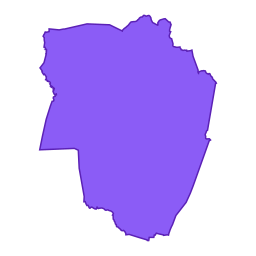 Erongarícuaro, Michoacán, Mexico (Natural Earth projection)
{"feature_id": "50627088B31918104119077", "entity_name": "Erongarícuaro", "entity_type": "district", "adm_level": 2, "iso_a3": "MEX", "parent_name": "Mexico", "parent_adm1": "Michoacán", "projection": "natural_earth1", "projection_center": [-101.71, 19.612], "detail": "fine", "context": "isolated", "style": "filled", "palette": "violet", "viewbox_px": 256, "rotation_deg": 0, "n_neighbors": 0, "source": "geoboundaries", "source_scale": "gbopen_adm2", "svg_char_len": 5442}
<svg xmlns="http://www.w3.org/2000/svg" viewBox="0 0 256 256"><path d="M210.5,140.0L209.4,138.8L208.9,138.8L207.6,138.9L206.4,138.9L206.2,138.8L205.8,138.5L205.7,138.2L205.6,137.2L205.7,136.8L205.7,136.3L205.2,134.9L205.3,134.1L206.1,132.4L206.4,131.2L206.8,130.7L207.5,130.3L215.6,83.3L216.3,83.2L216.1,82.7L216.0,82.4L215.6,81.9L214.5,80.8L213.7,79.9L212.9,79.2L212.7,79.0L212.6,78.8L212.6,78.7L212.6,78.4L212.5,77.9L212.3,77.7L212.0,76.9L211.7,76.8L211.5,76.6L210.8,75.8L210.5,75.3L210.1,74.2L209.8,73.7L209.7,73.6L209.0,73.6L208.9,73.6L208.6,74.1L208.2,74.1L207.8,73.9L207.6,73.7L207.4,73.6L206.9,73.5L206.7,73.4L206.3,73.0L205.8,72.3L205.7,71.9L205.5,71.3L205.4,71.0L205.2,70.9L204.3,70.8L203.9,70.6L203.0,70.7L202.8,70.9L201.7,70.8L199.7,71.5L198.6,72.2L198.6,72.5L198.5,73.2L198.3,73.0L198.1,72.5L198.0,72.0L198.0,71.6L198.1,70.5L198.1,70.1L197.9,69.6L193.3,57.0L193.0,56.1L192.8,55.0L191.9,50.1L190.7,50.6L189.6,50.8L187.9,51.0L187.4,51.2L187.2,51.2L187.1,50.9L186.7,50.9L186.6,50.2L185.9,50.3L184.2,50.1L183.8,50.2L183.4,50.4L183.0,50.4L182.8,50.4L182.5,50.1L181.5,49.8L181.1,49.7L180.9,48.8L180.7,48.6L180.2,47.9L180.0,47.5L179.9,47.0L179.7,47.1L179.1,47.1L178.2,47.2L177.4,47.3L176.8,47.2L176.6,47.3L175.9,47.2L175.4,47.1L175.2,47.0L174.9,46.7L174.2,46.8L173.7,46.6L173.3,46.3L173.0,46.0L172.9,45.7L172.7,45.1L172.8,44.9L173.0,44.4L173.0,43.7L171.6,38.7L171.2,38.6L170.7,38.4L170.2,38.0L169.6,37.4L169.5,37.0L169.4,36.5L169.3,36.3L169.2,35.7L169.7,34.2L170.1,33.0L170.7,31.7L169.6,31.2L169.6,30.9L169.6,29.8L170.2,27.5L171.1,24.7L171.0,24.4L170.6,24.1L170.5,23.7L170.6,23.3L169.9,22.0L169.7,22.1L169.3,22.1L168.8,22.0L168.4,21.8L168.1,21.4L165.2,18.7L163.7,18.9L162.8,19.2L162.1,19.4L160.4,19.9L159.8,20.2L159.4,20.5L159.1,20.9L158.7,21.3L158.1,22.4L157.8,22.8L157.8,23.0L157.9,23.7L157.9,23.9L157.9,24.3L157.9,24.9L157.9,25.0L157.7,25.1L157.4,25.1L157.1,24.8L156.5,24.6L155.3,24.0L154.6,23.5L153.4,23.0L152.9,22.7L152.5,22.3L152.0,21.4L151.6,20.6L151.3,20.0L151.2,19.6L151.1,19.2L150.8,17.6L150.6,17.4L150.3,16.8L149.7,16.0L149.4,15.8L149.0,15.5L148.8,15.5L148.5,15.5L147.6,15.7L146.3,16.2L146.2,16.2L145.4,15.9L145.2,15.8L145.0,15.6L144.9,15.5L144.7,15.4L144.0,15.4L143.5,15.4L143.3,15.6L142.7,16.6L142.5,16.8L142.3,16.9L141.4,17.0L140.9,17.1L140.4,17.3L139.5,18.0L139.4,18.1L139.2,18.3L138.9,18.9L138.6,19.3L137.8,19.8L137.5,20.2L136.9,20.8L136.7,21.0L135.8,21.4L134.6,21.6L133.5,21.6L132.4,21.8L131.4,21.9L131.1,22.0L130.7,22.2L129.7,23.4L128.4,25.1L127.9,25.6L127.5,25.9L127.0,26.3L126.2,27.0L125.9,27.4L125.7,27.5L124.5,28.3L123.8,28.9L123.3,29.5L122.4,30.3L122.3,31.0L109.6,24.8L87.0,23.9L64.3,29.1L63.2,29.1L59.2,29.9L49.1,28.9L49.1,29.6L49.1,31.6L46.0,32.4L45.9,32.4L45.8,32.0L45.2,32.0L44.3,34.1L44.1,34.5L43.9,34.6L43.9,34.8L43.1,36.2L43.1,36.3L43.4,36.6L43.7,37.0L44.2,37.5L44.2,40.0L44.7,42.6L44.0,47.2L44.3,47.5L44.7,47.6L44.9,47.6L45.0,47.5L45.6,48.6L46.0,49.2L45.9,49.5L45.7,49.6L46.5,49.8L46.5,50.2L46.5,50.6L46.4,50.6L46.2,51.7L46.4,51.7L46.3,53.8L45.9,53.8L46.0,55.0L44.0,62.7L40.0,67.9L42.3,71.1L42.2,71.2L41.9,71.7L42.6,73.0L43.7,74.6L44.4,74.1L46.4,76.9L46.2,77.2L46.3,78.8L45.8,79.3L45.6,79.7L47.6,80.6L47.4,81.2L48.8,81.7L49.3,81.6L49.7,81.9L50.0,82.2L50.4,82.9L50.4,83.1L50.3,83.6L50.1,84.0L49.9,84.0L50.6,85.4L51.6,86.2L50.7,86.7L51.0,86.9L51.3,87.0L51.6,87.3L51.7,87.2L52.3,86.7L52.7,87.1L54.3,88.4L54.0,89.4L53.2,89.1L53.6,90.6L53.1,90.8L53.0,91.4L54.0,93.8L54.1,94.1L54.9,94.5L56.3,94.0L56.4,94.8L55.4,95.2L55.0,95.5L55.1,96.4L53.6,96.9L53.4,97.1L53.2,98.1L53.9,99.5L53.7,100.8L53.1,101.2L52.1,101.3L50.4,106.0L46.2,119.3L42.4,136.4L39.7,149.8L74.4,148.4L78.3,150.2L79.2,168.3L84.2,196.5L83.9,201.7L84.9,201.5L85.2,201.6L85.4,202.6L85.7,202.9L85.9,203.3L85.9,203.7L86.1,204.1L86.4,204.4L86.5,204.8L86.9,205.5L87.7,205.3L88.1,205.4L88.2,205.8L88.5,206.1L88.8,206.8L88.9,207.2L89.3,207.9L89.7,208.2L90.2,208.1L90.8,207.5L90.9,207.3L91.1,207.2L91.4,207.1L92.3,207.3L92.8,207.6L93.1,207.8L93.3,208.1L93.8,208.3L94.1,208.4L94.3,208.6L94.6,208.8L94.9,208.8L95.4,208.8L95.7,208.9L95.9,209.1L96.3,209.0L97.1,207.1L97.4,207.3L97.5,207.7L97.7,208.2L98.0,208.3L98.2,208.5L98.4,208.5L99.1,208.3L99.7,208.2L101.4,208.0L101.8,208.0L102.8,208.3L103.6,208.6L104.4,209.2L104.5,209.3L104.7,209.5L104.9,209.8L105.1,210.0L105.4,210.1L105.7,210.2L106.3,210.2L107.6,209.9L108.0,209.9L109.0,210.5L109.5,210.7L110.5,210.8L112.5,212.1L113.0,213.0L113.4,213.7L112.5,215.1L113.0,215.3L113.1,215.5L113.2,218.5L113.3,219.3L113.7,219.7L114.1,220.1L114.3,221.2L114.6,221.5L114.9,221.9L115.0,222.4L115.3,223.4L115.5,224.1L115.8,224.3L116.2,224.5L116.3,224.7L116.2,224.9L116.3,225.4L116.5,225.8L116.5,226.3L116.6,226.6L117.1,226.8L117.3,226.8L118.0,227.0L118.4,227.6L119.6,228.5L120.4,229.3L120.5,229.6L121.1,230.0L121.3,230.2L121.3,230.4L122.1,230.7L122.5,230.7L123.6,230.4L123.8,230.8L124.3,231.0L124.9,231.6L125.0,231.9L125.3,232.6L125.8,233.2L125.8,233.9L125.9,234.8L129.2,234.4L138.4,237.3L147.1,239.9L147.1,240.2L147.3,240.5L148.7,240.6L148.8,240.4L149.0,238.7L149.2,237.4L153.8,237.4L154.3,235.0L154.5,235.0L155.2,235.1L156.3,233.2L158.5,233.8L159.7,234.1L163.1,234.8L162.8,235.5L162.9,235.4L164.0,235.3L164.9,235.2L165.0,235.2L165.6,235.0L166.4,235.0L166.6,234.9L167.1,234.7L167.6,234.9L168.5,235.1L168.8,233.7L169.2,232.4L169.5,231.7L169.6,231.4L169.7,230.9L170.7,228.4L171.4,226.8L172.5,224.6L175.9,215.5L186.1,202.4L190.3,193.2L193.2,185.7L209.2,140.8L210.5,140.0Z" fill="#8b5cf6" stroke="#5b21b6" stroke-width="1.5"/></svg>